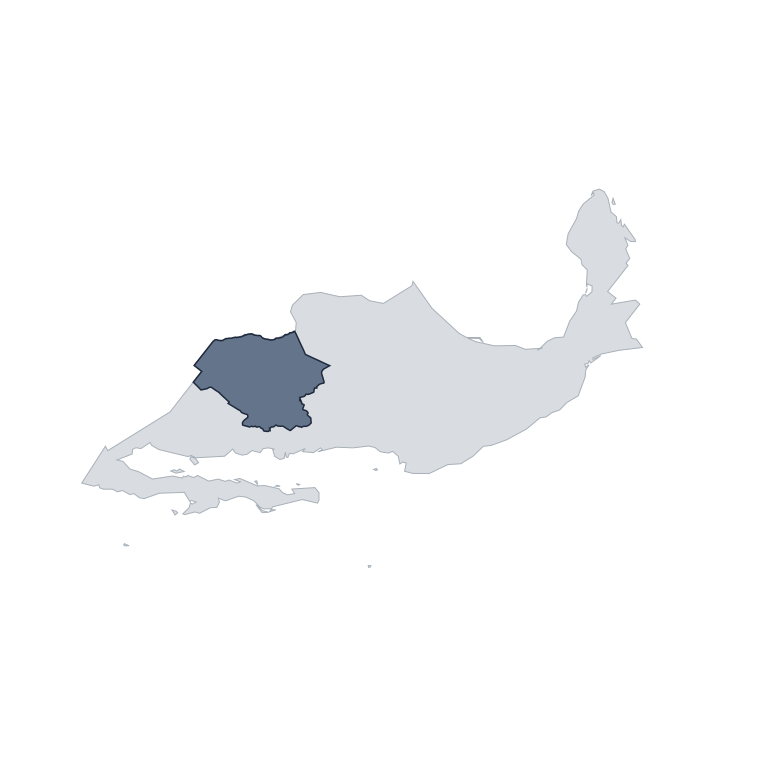 Chihuahua highlighted on a map of Mexico, rotated 308°
{"feature_id": "MEX-2709", "entity_name": "Chihuahua", "entity_type": "State", "adm_level": 1, "iso_a3": "MEX", "parent_name": "Mexico", "parent_adm1": "", "projection": "mercator", "projection_center": [-106.749, 28.699], "detail": "fine", "context": "in_parent", "style": "filled", "palette": "slate", "viewbox_px": 768, "rotation_deg": 308, "n_neighbors": 0, "source": "natural_earth", "source_scale": "10m", "svg_char_len": 9541}
<svg xmlns="http://www.w3.org/2000/svg" viewBox="0 0 768 768"><g transform="rotate(308 384 384)"><path d="M119.8,206.8L163.5,202.8L161.4,207.3L230.3,232.6L281.7,232.5L281.7,222.9L313.7,223.1L319.2,229.9L341.6,248.3L346.9,263.7L351.0,269.5L371.7,281.4L378.4,277.0L383.4,265.8L389.7,263.3L404.7,265.3L417.2,277.7L425.5,295.4L439.9,311.4L440.8,321.5L447.1,333.9L478.6,345.5L482.7,343.7L473.2,375.2L470.1,412.4L471.5,420.4L479.7,431.0L477.9,436.7L478.4,430.9L471.7,421.9L473.8,430.2L482.0,447.5L495.3,463.9L498.3,474.0L507.6,484.4L505.0,484.1L510.3,486.6L508.6,485.1L518.4,486.4L525.4,489.9L531.5,496.6L548.0,491.6L560.1,490.8L568.2,486.9L576.7,486.1L578.4,487.6L577.8,489.7L584.6,491.1L589.3,487.8L588.1,482.5L585.8,483.8L586.4,482.7L599.1,473.9L599.9,466.6L603.6,462.4L603.7,450.6L606.1,441.8L615.8,436.6L632.9,433.9L640.4,430.9L648.7,430.2L662.4,433.3L663.6,431.3L660.0,431.2L664.7,429.9L670.2,433.8L671.1,439.0L668.3,446.1L659.3,456.9L659.0,464.0L654.5,468.4L655.3,470.0L659.3,469.4L655.0,473.9L655.1,475.7L657.9,475.1L652.4,493.0L651.0,494.5L648.1,490.5L647.5,483.8L643.5,490.8L639.3,491.3L634.2,500.4L628.2,500.3L627.7,503.3L594.5,503.3L594.5,514.0L586.9,514.0L604.9,530.4L604.4,536.4L581.0,536.4L572.5,551.4L574.8,555.2L571.9,565.2L555.0,548.2L541.4,536.8L533.1,532.4L532.1,533.5L539.8,537.4L527.8,534.0L528.7,531.2L525.5,532.3L523.5,529.9L521.3,532.5L525.3,533.8L519.3,534.4L513.3,538.2L494.3,544.3L482.0,539.5L471.7,538.4L464.7,533.9L457.8,532.0L453.4,527.7L436.5,524.1L415.5,515.0L401.8,506.4L396.0,500.6L381.9,498.6L368.4,493.6L359.8,483.9L341.2,474.7L331.3,461.8L327.9,453.9L335.4,450.2L334.1,446.8L330.8,445.7L335.8,439.7L336.3,432.4L332.2,429.9L328.3,422.7L328.4,416.0L325.7,410.1L314.6,398.9L304.9,385.4L289.9,373.6L294.2,375.8L294.5,373.2L286.5,370.7L280.5,361.4L284.7,361.7L272.9,355.3L271.3,352.2L266.9,353.4L266.2,352.0L269.5,348.3L263.9,351.1L260.4,348.4L259.7,342.3L263.8,336.7L265.3,337.8L262.4,332.1L258.7,328.5L253.7,328.7L250.3,321.0L244.2,319.3L240.6,316.0L238.1,309.2L239.6,304.9L228.9,302.8L210.0,281.1L208.9,275.9L206.1,274.2L193.7,246.9L192.6,238.5L193.9,235.7L183.5,232.2L181.0,227.7L177.6,226.1L173.9,228.7L159.7,220.3L162.3,225.8L160.6,236.2L163.8,244.5L166.6,260.1L181.1,273.8L185.7,283.0L187.8,282.6L189.0,285.3L191.1,285.6L193.1,291.6L197.1,293.4L199.6,305.7L207.0,311.9L209.5,318.8L212.9,321.0L215.4,329.2L218.4,331.1L216.7,325.1L220.8,328.6L225.8,347.2L230.5,352.4L236.8,365.7L235.9,371.2L237.3,376.2L242.6,381.0L244.5,376.1L259.8,393.3L258.4,399.6L252.5,404.3L249.2,404.9L242.7,390.8L218.7,371.9L216.5,372.2L211.6,366.2L210.6,362.2L211.9,353.2L209.8,344.7L206.1,338.6L194.4,331.1L192.0,323.7L189.8,326.9L183.9,328.3L179.5,323.3L168.5,318.2L166.8,313.8L158.6,307.6L157.8,305.4L166.3,306.6L171.2,304.7L171.1,306.7L175.4,308.8L173.7,303.8L171.8,303.5L175.7,293.4L159.6,274.2L146.2,265.7L143.8,261.4L143.6,254.2L140.4,251.9L139.2,243.7L134.9,240.2L134.2,235.2L128.3,227.5L127.2,223.9L129.0,221.4L124.9,218.3L119.8,206.8ZM209.3,281.4L207.9,286.3L203.6,284.6L205.3,277.2L207.8,276.5L209.3,281.4ZM192.0,280.4L185.8,275.1L184.1,269.5L187.2,271.4L188.0,274.4L191.1,275.2L192.0,280.4ZM668.1,455.5L666.6,454.0L667.4,451.9L671.3,450.2L668.1,455.5ZM211.9,372.1L207.6,367.2L210.1,357.3L209.4,366.2L211.9,372.1ZM155.4,300.7L152.1,300.0L154.2,294.5L155.8,298.6L155.4,300.7ZM99.6,282.7L96.7,279.1L97.3,277.6L98.3,277.7L99.6,282.7ZM215.5,372.3L218.2,376.1L212.7,372.4L215.5,372.3ZM312.8,430.1L312.3,431.7L310.9,431.0L310.3,428.4L312.8,430.1ZM238.5,362.2L239.5,365.2L236.6,361.4L238.5,362.2ZM227.8,342.1L229.4,343.4L227.0,346.2L227.8,342.1ZM232.7,485.6L231.6,486.0L230.0,484.8L231.3,483.3L232.7,485.6ZM582.5,486.2L579.5,486.9L584.6,485.2L582.5,486.2ZM253.0,379.3L251.5,379.0L251.3,376.1L253.0,379.3Z" fill="#d9dde1" stroke="#a8b0b8" stroke-width="1"/><path d="M281.7,223.0L312.5,223.1L313.0,223.4L313.3,223.5L314.1,223.4L314.8,223.7L315.4,224.3L315.9,225.0L316.2,225.7L316.7,227.2L316.9,227.6L317.7,228.5L317.9,228.8L317.9,229.0L318.0,229.1L318.1,229.4L318.7,229.7L318.9,230.0L319.4,230.2L320.1,230.4L320.7,230.8L321.1,230.9L321.5,231.0L321.8,231.1L322.6,231.6L322.9,231.9L323.0,232.0L323.1,232.4L323.2,232.6L323.6,232.8L323.8,233.0L324.1,233.1L324.4,233.4L325.8,235.0L326.0,235.4L326.1,235.7L327.5,236.6L327.8,236.7L327.9,236.8L328.4,237.3L328.8,237.6L329.1,237.8L329.3,238.0L329.6,238.4L329.8,239.2L330.0,239.5L330.4,239.7L331.1,240.4L332.5,241.6L333.2,242.5L333.5,242.7L334.0,242.8L335.0,243.3L335.2,243.5L335.3,243.6L335.6,243.8L335.7,243.7L335.8,243.6L336.1,243.6L336.4,243.7L336.5,244.0L336.9,244.1L337.0,244.2L337.1,244.3L337.2,244.5L337.3,244.5L337.5,244.8L337.7,244.6L338.5,245.7L338.8,245.8L339.2,245.9L339.6,246.1L339.9,246.4L340.2,246.7L340.2,246.9L340.2,247.1L340.3,247.4L340.4,247.5L340.6,247.6L341.1,247.7L341.3,247.8L341.4,248.0L341.9,248.6L342.1,249.0L342.2,249.7L342.3,249.9L342.6,250.0L342.6,250.3L342.5,250.5L342.5,250.9L342.7,251.2L342.8,251.4L342.7,251.7L342.7,251.8L342.9,252.2L343.0,252.3L343.3,252.5L343.4,252.8L343.4,253.0L343.5,253.2L343.6,253.3L343.9,253.5L344.2,254.1L344.4,254.6L344.6,255.1L344.8,255.1L345.1,255.3L345.3,255.5L345.6,256.2L345.9,256.6L345.9,257.0L345.9,257.8L345.8,258.3L345.6,259.0L345.5,259.4L345.5,259.9L345.9,261.1L345.9,261.3L345.8,261.6L345.9,261.8L346.0,261.9L346.2,262.2L346.2,262.3L346.3,262.5L346.7,263.0L346.9,263.9L347.0,264.1L347.3,264.5L347.6,264.7L347.9,265.1L348.0,265.9L348.4,266.5L348.5,266.8L348.5,267.1L348.5,267.4L348.6,267.6L348.9,267.8L349.7,268.4L350.0,268.7L350.0,268.8L350.1,269.0L350.3,269.3L351.9,270.3L352.1,270.6L352.4,270.4L352.9,270.4L353.4,270.5L353.7,270.9L354.1,271.2L354.3,271.3L354.7,272.1L355.3,272.8L355.7,273.1L356.3,273.4L357.2,274.4L357.9,274.8L359.5,275.4L360.7,275.6L362.0,275.7L362.2,275.8L362.3,275.9L362.4,276.1L362.3,276.6L362.6,276.8L362.8,276.8L363.6,277.6L364.2,277.9L365.8,278.3L366.3,278.2L366.4,278.3L366.6,278.4L366.6,278.5L366.8,278.8L367.7,279.8L368.5,280.2L368.7,280.3L368.9,280.4L369.4,280.9L369.6,281.0L369.9,280.9L370.0,280.7L370.4,281.0L370.5,280.9L370.8,280.8L370.7,280.9L370.7,281.0L369.3,283.9L367.8,286.8L366.3,289.7L364.8,292.5L362.6,296.9L361.1,299.9L360.3,301.3L358.9,303.8L360.2,309.5L363.0,321.4L363.9,325.3L365.0,329.9L359.3,327.5L358.8,327.3L358.5,327.2L358.1,327.2L356.1,327.2L355.4,327.3L354.8,327.6L354.0,328.2L353.3,329.1L352.1,330.9L348.8,335.4L348.1,336.0L347.4,335.8L346.7,335.2L346.0,334.6L345.1,333.9L344.1,333.4L343.1,333.1L341.1,332.7L340.7,332.7L340.3,332.7L340.0,333.0L339.8,333.4L339.6,333.6L339.3,333.4L338.6,332.5L338.2,331.9L338.0,331.7L335.9,332.8L335.0,333.3L334.5,333.6L334.1,333.6L330.0,331.3L329.6,331.0L329.2,330.7L328.6,329.9L328.3,329.5L328.0,329.0L327.7,328.7L327.3,328.8L326.8,328.9L326.3,328.9L325.4,328.9L324.7,328.4L323.9,327.9L322.5,326.7L322.0,326.3L321.4,325.9L321.1,326.3L321.0,326.5L320.8,326.9L320.4,327.6L320.2,328.0L320.1,327.7L319.8,327.5L319.6,327.3L319.3,327.5L319.0,327.9L319.0,328.4L319.0,329.0L319.0,329.6L319.0,330.1L318.9,330.3L318.8,330.5L318.2,331.0L317.9,331.3L317.8,331.6L318.1,332.4L318.4,333.2L318.4,333.6L318.4,333.9L318.1,334.1L317.8,334.2L314.6,335.2L314.1,335.6L314.0,336.2L314.2,336.8L314.7,338.1L315.0,338.8L315.1,339.5L315.0,340.3L314.8,341.1L314.7,341.5L314.5,341.9L314.2,342.1L313.9,342.2L313.5,342.1L313.2,342.1L312.6,342.5L312.4,343.1L312.3,343.8L312.3,344.6L312.2,346.8L312.2,347.1L312.0,347.4L309.8,349.3L309.2,350.0L308.8,350.3L308.5,350.5L308.1,350.6L307.7,350.5L307.0,350.4L304.9,350.1L304.4,349.7L303.9,349.4L303.3,349.0L302.7,348.7L302.4,348.4L302.1,347.9L301.8,347.5L301.5,347.1L301.0,346.7L300.6,346.3L300.1,346.1L299.6,345.8L299.1,345.7L299.0,345.0L298.9,344.7L298.8,344.2L298.7,343.9L298.3,343.8L298.1,343.6L298.0,343.2L297.9,342.8L297.8,342.5L297.7,341.8L297.5,341.2L297.2,340.8L296.8,340.4L296.2,340.3L291.3,339.2L290.0,339.0L289.7,338.8L289.5,338.5L289.4,338.0L288.9,334.3L288.8,333.2L288.8,332.0L288.6,330.8L288.3,329.8L287.9,329.4L287.1,328.6L286.8,328.2L286.4,327.6L286.0,327.0L285.6,326.4L285.3,325.7L285.3,324.7L285.2,324.2L284.8,324.0L283.9,323.8L282.9,323.6L282.0,323.2L281.4,322.5L281.2,322.1L281.0,321.8L280.7,321.6L280.3,321.5L279.9,321.6L279.4,321.6L279.0,321.4L278.8,321.0L278.4,321.6L278.0,322.1L277.6,322.6L277.1,323.0L277.0,322.8L276.9,322.6L276.7,322.2L276.2,322.1L275.8,322.2L275.6,322.1L275.4,322.0L275.2,321.7L274.7,321.2L274.3,320.5L273.6,319.3L273.3,318.9L273.1,318.4L273.1,318.0L273.2,317.5L273.5,317.0L273.8,316.6L274.0,316.2L273.9,315.6L273.6,314.9L273.5,314.6L273.5,314.2L273.7,313.4L273.7,313.0L273.8,312.6L273.7,312.2L273.6,311.9L273.4,311.6L273.1,311.4L272.6,311.1L272.2,310.8L271.8,310.4L271.5,309.9L271.4,309.6L271.5,309.3L271.6,309.0L271.7,308.8L269.8,307.1L269.5,306.8L269.3,305.8L269.1,305.5L267.6,304.7L267.4,304.5L267.2,304.3L267.1,304.0L264.8,298.5L264.6,298.0L264.8,297.7L265.2,297.3L265.5,297.0L265.9,296.7L266.2,296.4L266.5,296.3L267.0,296.2L267.9,296.1L268.8,296.1L269.6,296.2L270.5,296.4L273.0,297.0L273.7,297.2L274.0,297.2L275.8,295.5L275.8,295.3L275.6,294.7L275.4,294.2L274.6,292.1L273.9,289.6L273.9,289.1L274.1,288.3L274.5,287.0L274.5,286.8L274.4,286.6L274.3,286.2L274.2,286.0L274.1,285.3L273.2,277.3L272.7,273.1L274.0,273.1L274.3,273.1L274.5,273.0L274.5,272.8L274.5,272.4L275.2,263.6L275.4,261.8L275.4,261.0L275.5,260.6L275.8,260.1L275.8,259.8L275.3,253.9L275.3,253.1L275.1,250.5L275.0,250.0L274.9,249.6L274.7,249.3L274.4,249.0L273.9,248.6L273.4,248.2L273.0,248.0L272.4,247.8L272.1,247.7L271.7,247.6L271.4,247.4L271.1,247.2L266.9,243.7L266.7,243.5L266.6,243.2L266.8,242.4L267.4,237.9L268.0,232.6L281.7,232.6L281.7,223.0Z" fill="#64748b" stroke="#1e293b" stroke-width="1.5"/></g></svg>